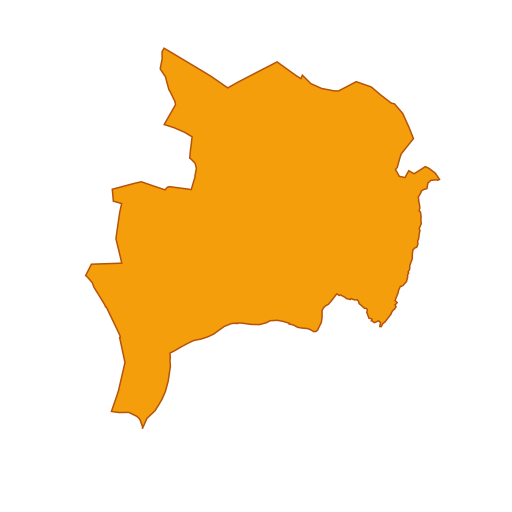 the district of Doedain, River Cess, Liberia, rotated 193°
{"feature_id": "62588387B34334652858528", "entity_name": "Doedain", "entity_type": "district", "adm_level": 2, "iso_a3": "LBR", "parent_name": "Liberia", "parent_adm1": "River Cess", "projection": "orthographic", "projection_center": [-9.275, 6.287], "detail": "fine", "context": "isolated", "style": "filled", "palette": "amber", "viewbox_px": 512, "rotation_deg": 193, "n_neighbors": 0, "source": "geoboundaries", "source_scale": "gbopen_adm2", "svg_char_len": 3685}
<svg xmlns="http://www.w3.org/2000/svg" viewBox="0 0 512 512"><g transform="rotate(193 256 256)"><path d="M279.1,449.9L297.5,434.3L312.5,421.5L321.4,413.4L321.8,413.6L340.3,421.0L352.2,424.9L392.3,437.8L393.4,434.3L393.5,434.0L392.4,429.4L391.8,427.2L391.5,417.5L391.3,416.6L389.8,415.2L384.6,410.3L378.3,398.5L376.7,396.9L371.4,390.4L370.0,388.6L369.8,388.2L369.1,387.0L368.5,385.2L368.7,384.5L368.7,384.4L373.5,368.6L375.0,363.4L364.8,362.6L353.6,360.5L345.1,357.8L343.9,346.9L343.7,344.4L343.5,343.1L342.6,336.4L342.1,336.4L340.8,335.6L336.3,332.8L333.8,328.1L333.5,320.3L333.2,319.9L333.8,310.3L334.0,306.2L356.2,304.1L357.0,303.2L357.7,303.2L359.5,300.0L360.4,300.1L368.1,300.8L383.4,302.4L384.4,302.5L384.7,302.4L390.7,299.5L411.1,288.7L410.9,288.3L407.7,278.5L407.3,277.3L398.7,276.9L398.7,275.8L398.6,267.7L397.6,255.5L396.4,241.4L387.1,222.8L385.2,218.8L414.5,211.0L417.6,198.6L416.1,198.0L409.6,193.2L406.8,189.0L402.3,184.5L393.0,175.1L391.0,172.5L390.3,172.6L389.7,171.8L370.9,148.2L369.9,146.2L370.5,145.8L359.7,122.8L359.7,115.7L359.7,93.5L359.8,92.7L360.2,88.0L361.9,72.0L354.0,72.7L349.7,73.8L344.8,75.0L335.9,72.9L332.7,71.0L331.8,69.8L328.0,63.8L327.9,62.1L326.6,68.8L325.8,73.1L322.5,78.1L319.6,82.5L317.2,89.3L316.8,90.7L316.2,92.6L316.1,93.0L315.5,94.7L313.8,103.7L313.4,114.6L314.3,125.3L314.5,128.3L314.6,129.4L316.3,134.8L316.6,137.4L318.0,142.0L313.9,145.5L308.2,150.9L302.8,155.6L297.9,159.5L296.7,160.1L290.5,162.9L284.2,166.8L279.6,170.5L275.9,174.8L271.0,180.3L264.7,184.7L261.7,185.6L259.5,185.9L259.7,186.2L255.8,187.3L245.0,188.3L237.0,190.0L236.7,190.2L230.9,193.3L227.7,196.1L223.6,197.3L221.0,198.1L214.9,198.4L209.0,198.0L208.3,197.9L208.4,197.2L204.6,197.2L204.1,197.2L199.7,196.0L199.3,195.9L195.2,196.1L189.4,196.9L186.1,196.4L182.6,195.3L181.4,195.7L180.4,196.1L179.2,197.9L178.6,200.9L177.8,204.4L177.4,205.8L177.8,211.0L179.3,217.5L178.7,220.5L177.0,223.1L174.6,225.2L172.0,230.2L168.8,237.3L166.0,236.3L165.9,236.5L164.6,237.1L162.8,236.5L160.2,235.9L158.6,234.9L154.3,234.8L153.8,235.9L152.0,235.6L150.0,235.4L147.5,236.1L145.9,234.8L144.8,232.8L140.7,230.7L138.6,229.4L136.9,229.8L135.4,228.7L135.4,225.9L135.2,225.8L131.9,220.7L130.5,220.9L128.8,220.5L129.1,218.8L128.1,218.9L126.2,217.8L125.4,217.8L124.0,218.9L123.5,219.3L121.8,220.4L119.6,218.9L119.7,216.3L119.5,215.1L118.1,215.3L117.4,217.8L117.3,218.6L115.8,220.3L115.6,220.5L111.3,229.9L111.4,230.8L110.3,233.9L109.1,235.3L108.2,237.7L108.1,238.0L109.6,239.8L108.5,241.1L108.0,242.1L108.0,242.4L110.5,243.9L109.2,252.5L109.4,254.3L108.5,258.9L107.6,259.1L106.1,260.4L103.6,265.1L103.5,269.6L104.1,271.8L103.4,273.7L104.2,274.6L103.3,277.7L104.0,281.4L103.1,288.5L104.0,292.6L104.2,294.3L104.5,297.1L103.1,299.5L101.8,300.4L101.2,301.2L101.1,301.4L101.1,302.5L100.9,304.1L101.0,304.4L101.9,306.9L101.4,309.3L102.0,315.1L101.9,317.5L103.2,319.5L102.5,323.0L102.3,324.8L103.6,328.7L103.9,331.1L104.0,331.5L105.6,335.8L107.2,336.7L107.2,339.8L108.0,342.1L108.8,344.0L110.1,346.6L109.9,346.9L111.1,349.8L109.5,355.1L109.6,356.5L108.9,357.1L107.6,358.5L104.6,360.1L104.7,361.5L104.8,362.9L104.9,365.7L102.6,369.1L99.8,370.0L97.4,370.9L95.9,370.7L94.9,371.5L94.4,371.9L100.0,377.1L107.1,380.3L111.1,381.2L116.0,376.2L120.5,371.7L126.3,373.5L128.5,365.9L134.3,365.9L139.6,371.7L138.3,374.0L137.9,383.8L137.4,388.3L129.0,405.8L132.7,411.2L136.1,416.1L139.7,420.8L145.0,427.8L155.3,435.4L158.4,435.4L159.2,435.7L170.4,440.8L174.1,442.7L178.9,445.2L181.6,446.6L193.0,447.9L197.6,448.4L203.8,443.0L212.7,435.4L216.8,434.5L218.9,434.4L229.7,434.0L241.3,436.3L246.2,439.3L251.5,442.6L252.2,438.9L258.3,441.1L277.8,449.3L279.1,449.9Z" fill="#f59e0b" stroke="#b45309" stroke-width="1.5"/></g></svg>